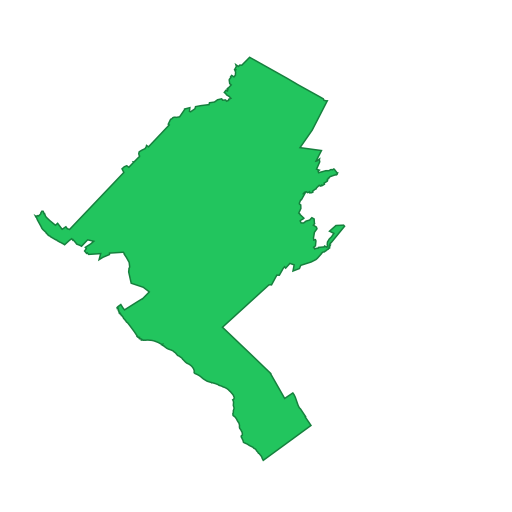 Salacgrīvas pag., Salacgrivas, Latvia (Robinson projection), rotated 322°
{"feature_id": "27541924B75150818202783", "entity_name": "Salacgrīvas pag.", "entity_type": "district", "adm_level": 2, "iso_a3": "LVA", "parent_name": "Latvia", "parent_adm1": "Salacgrivas", "projection": "robinson", "projection_center": [24.43, 57.695], "detail": "fine", "context": "isolated", "style": "filled", "palette": "green", "viewbox_px": 512, "rotation_deg": 322, "n_neighbors": 0, "source": "geoboundaries", "source_scale": "gbopen_adm2", "svg_char_len": 6076}
<svg xmlns="http://www.w3.org/2000/svg" viewBox="0 0 512 512"><g transform="rotate(322 256 256)"><path d="M407.7,177.6L406.9,177.0L405.4,175.2L405.8,173.6L404.6,170.6L394.4,146.6L390.1,135.6L373.3,95.5L362.2,96.9L360.8,95.6L358.8,95.8L357.9,92.9L357.3,94.5L354.0,95.9L354.7,96.9L353.6,97.1L353.7,97.3L352.8,99.0L351.7,100.0L351.2,100.8L348.9,101.3L348.0,98.7L346.2,99.2L346.1,99.9L343.7,100.4L343.0,101.2L341.4,104.0L341.8,105.9L338.3,106.5L337.1,106.4L336.1,106.6L336.6,107.3L335.1,108.4L334.2,106.9L331.7,107.6L332.1,109.3L332.0,110.9L333.1,113.8L333.3,116.3L330.9,115.7L330.2,116.5L328.1,115.9L328.1,114.3L325.6,112.7L325.7,111.0L321.9,109.2L318.0,109.1L313.7,106.6L312.2,107.8L305.2,103.6L300.3,101.1L298.5,102.4L293.2,102.1L292.6,101.1L295.2,98.4L290.2,96.2L289.8,96.7L281.5,99.3L278.5,97.7L277.7,96.8L276.8,96.2L275.6,95.8L274.8,96.0L273.4,96.0L272.9,95.7L268.0,98.1L268.3,99.3L238.5,103.8L237.8,101.5L236.7,102.4L234.6,103.1L231.1,102.3L228.1,102.0L226.6,103.2L225.9,104.7L226.0,105.1L225.4,106.0L224.6,105.9L217.8,106.8L217.4,106.4L217.4,106.8L210.4,107.8L209.7,105.3L207.1,104.6L204.1,104.8L203.3,108.8L125.4,120.3L124.1,118.3L124.2,115.9L119.7,115.6L119.8,108.1L116.9,108.3L115.3,101.2L114.6,96.3L114.7,94.8L115.5,92.4L115.0,92.2L115.8,89.8L114.9,88.9L113.1,89.5L112.2,90.3L109.7,90.6L109.3,90.5L109.4,90.3L108.9,89.8L107.7,89.6L107.7,89.4L106.9,88.9L106.8,88.6L106.6,89.5L106.9,89.5L107.0,89.8L106.0,92.8L104.7,100.9L104.4,101.8L104.3,103.6L105.0,107.9L105.0,108.5L104.8,108.7L105.1,110.9L105.0,111.3L105.4,112.7L105.9,113.3L105.9,114.2L108.2,120.0L108.8,120.5L108.8,121.5L110.1,124.6L111.0,126.1L111.0,126.7L111.6,127.7L112.1,129.3L118.7,128.8L121.4,128.9L121.4,130.7L121.9,130.6L122.1,134.6L122.0,136.2L123.8,139.2L124.5,140.9L133.3,139.6L137.2,144.5L133.2,144.7L126.8,144.1L126.9,145.7L124.0,146.5L124.1,149.6L124.9,149.6L125.1,151.7L135.1,158.5L130.1,162.3L134.7,162.8L141.4,164.6L142.3,163.5L153.7,171.3L153.7,173.2L153.3,173.4L153.0,177.4L152.1,183.0L149.7,186.9L148.0,187.8L147.6,188.4L145.9,190.1L140.9,200.6L147.9,211.2L149.8,218.6L140.1,219.9L140.1,219.7L134.1,219.0L119.2,217.5L119.2,214.8L119.6,211.0L116.1,210.9L114.7,211.1L114.6,211.4L115.0,211.5L115.2,211.8L114.4,212.2L114.9,212.8L114.9,213.1L114.1,213.9L114.2,214.3L113.9,214.6L114.0,215.1L113.6,215.6L113.7,216.1L113.3,216.5L113.7,216.7L113.6,217.2L113.4,217.4L113.6,217.6L113.4,217.8L113.7,218.0L113.7,218.3L113.5,218.6L113.5,219.2L113.6,219.6L113.3,220.0L113.6,220.3L113.6,222.0L113.5,223.0L113.2,223.7L113.5,225.3L113.5,226.0L113.3,226.4L113.5,227.3L113.3,228.2L113.7,229.6L113.7,233.0L113.5,241.0L113.1,245.6L112.9,245.8L113.1,245.9L113.1,246.5L112.8,246.9L113.1,247.5L113.6,247.9L113.6,248.1L114.0,248.4L113.3,249.0L113.6,249.2L113.5,249.7L113.9,249.8L113.9,250.3L114.3,250.5L114.3,250.9L114.7,251.4L114.5,251.8L114.2,251.9L115.2,252.6L115.3,253.0L116.4,253.7L116.6,254.0L118.9,255.5L122.0,258.4L123.4,260.1L125.7,263.9L127.2,267.4L127.0,267.7L128.1,268.1L127.6,268.4L127.4,269.0L127.9,269.7L127.9,270.1L128.1,270.3L128.0,270.5L128.9,273.8L129.6,275.3L131.4,278.1L132.3,280.0L132.4,281.1L132.9,282.7L133.0,286.1L133.7,287.3L134.6,290.2L134.8,291.4L134.6,292.1L134.8,292.9L135.1,296.1L135.5,297.8L136.7,300.2L137.2,301.9L137.5,303.5L137.4,306.2L136.7,308.4L135.4,309.9L135.6,311.1L136.8,313.3L137.8,315.7L138.9,320.6L140.4,324.6L143.0,328.3L143.0,328.7L143.7,329.1L145.6,331.8L147.0,334.1L147.2,335.1L148.8,337.3L149.5,339.0L150.3,340.0L151.4,342.4L151.9,344.2L152.1,346.3L152.3,346.9L152.5,351.2L151.8,354.0L150.6,355.1L149.1,355.0L149.0,355.9L148.3,357.4L146.1,359.8L145.2,362.3L144.6,362.8L142.8,364.0L141.9,365.3L140.8,365.9L139.8,367.4L139.8,367.9L140.3,369.5L140.4,370.8L140.2,373.2L139.9,374.1L139.6,377.5L138.6,379.5L137.7,380.5L137.1,381.6L137.0,383.9L136.8,384.4L136.6,386.1L136.1,387.2L135.0,388.7L133.6,388.7L133.0,389.4L132.9,389.7L133.0,390.3L132.7,390.9L132.1,393.8L131.5,394.7L131.5,395.3L131.8,396.0L133.3,398.8L133.9,400.5L134.0,401.0L135.8,404.7L136.0,406.4L136.7,407.8L136.7,409.1L136.5,409.7L136.7,411.5L136.5,413.0L136.9,413.7L136.9,417.1L136.7,418.2L136.3,419.2L135.9,421.5L195.0,423.4L195.7,413.1L196.2,413.1L196.9,404.0L196.7,402.3L197.2,399.7L200.0,391.5L200.6,388.7L200.7,386.6L190.9,385.9L195.0,357.8L195.3,357.7L191.4,330.3L185.7,291.5L248.4,286.7L250.4,288.1L250.5,288.3L260.6,283.9L262.6,285.5L269.8,282.5L271.9,282.1L271.9,283.8L278.2,282.7L280.6,286.5L275.9,290.6L282.5,292.6L285.5,290.9L295.8,294.7L301.0,295.7L302.9,295.6L309.0,294.5L309.2,294.2L311.5,294.2L312.5,294.9L313.4,294.7L314.0,295.0L315.1,294.8L317.2,295.1L317.9,294.7L318.8,295.0L319.0,294.5L319.4,294.4L319.2,294.1L319.2,293.9L320.4,293.5L320.1,293.4L320.5,292.6L321.3,292.5L321.4,292.1L321.6,292.0L322.4,292.0L322.7,291.6L323.7,291.7L344.1,287.1L344.0,285.6L337.8,281.2L329.2,281.7L331.3,286.1L327.2,287.4L324.3,287.7L320.9,289.0L319.2,290.8L318.5,292.1L317.2,292.7L316.2,290.4L315.3,290.8L310.5,287.7L309.8,288.1L307.5,286.7L306.7,286.7L306.8,284.6L309.1,284.6L312.5,281.0L312.9,279.7L311.3,279.0L312.5,277.1L316.6,273.3L320.8,272.1L321.4,270.4L320.2,267.0L322.1,266.6L322.1,266.3L324.6,262.6L323.6,260.2L320.4,260.7L316.9,259.3L313.8,259.3L311.9,257.7L312.4,255.5L314.4,255.4L315.2,255.8L317.0,255.7L316.2,250.2L316.5,249.7L316.1,248.5L320.6,246.2L322.7,243.3L322.2,242.0L322.6,241.4L322.6,241.1L325.7,239.3L326.3,239.7L333.1,236.8L331.9,236.0L332.3,235.9L334.0,235.8L335.3,236.4L335.5,237.7L336.6,238.2L337.7,238.3L337.2,239.3L338.8,240.4L340.1,240.7L340.6,239.8L343.4,239.8L344.8,240.1L345.5,239.6L349.3,239.2L349.7,240.5L351.2,240.5L351.1,241.2L354.1,241.6L354.5,240.5L358.1,240.9L358.4,240.5L358.8,240.6L359.4,239.5L360.9,239.7L361.0,239.2L362.5,239.2L362.9,239.0L367.7,240.6L368.8,241.2L369.0,241.0L369.6,241.2L369.6,241.6L370.1,241.6L371.4,240.8L371.1,240.6L371.1,235.7L370.7,235.2L369.4,235.2L368.5,234.2L367.9,233.9L366.0,233.7L363.6,231.8L356.6,228.9L357.2,227.4L358.7,227.3L358.0,226.3L357.2,224.8L363.9,221.2L364.3,220.9L365.1,219.2L365.7,218.7L362.5,218.6L361.7,218.2L372.5,213.2L357.4,197.7L377.8,191.4L407.7,177.6Z" fill="#22c55e" stroke="#15803d" stroke-width="1.5"/></g></svg>